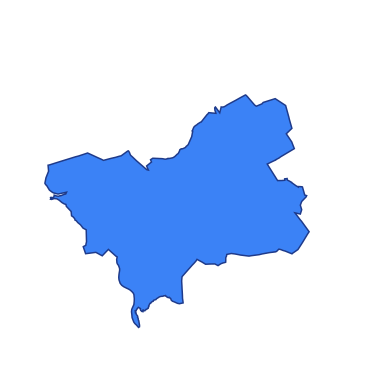 outline of Cēsis, Cesu, Latvia, rotated 321°
{"feature_id": "27541924B8130819472735", "entity_name": "Cēsis", "entity_type": "district", "adm_level": 2, "iso_a3": "LVA", "parent_name": "Latvia", "parent_adm1": "Cesu", "projection": "orthographic", "projection_center": [25.251, 57.313], "detail": "fine", "context": "isolated", "style": "filled", "palette": "blue", "viewbox_px": 384, "rotation_deg": 321, "n_neighbors": 0, "source": "geoboundaries", "source_scale": "gbopen_adm2", "svg_char_len": 5641}
<svg xmlns="http://www.w3.org/2000/svg" viewBox="0 0 384 384"><g transform="rotate(321 192 192)"><path d="M277.7,265.3L281.0,257.6L280.9,257.3L279.9,256.3L278.1,254.7L277.7,255.1L276.8,252.7L275.3,247.3L275.5,247.2L274.4,244.4L274.1,243.8L273.6,242.6L274.4,241.4L272.3,240.1L271.5,241.3L269.0,239.6L265.7,237.0L267.6,221.1L267.8,219.6L268.1,217.6L270.6,218.2L271.1,218.3L275.7,219.4L277.0,219.8L277.1,219.6L281.4,220.4L282.9,220.4L296.8,222.4L298.8,222.7L300.7,216.8L301.0,216.1L301.9,206.1L309.7,205.4L313.5,196.5L314.3,194.9L319.2,183.7L315.4,171.8L303.7,167.2L301.8,167.5L298.0,166.4L296.0,165.8L295.4,163.9L295.1,154.4L295.1,153.0L294.9,150.8L294.6,150.2L288.2,149.0L284.0,148.3L277.3,147.0L273.9,146.4L272.3,146.3L270.7,146.0L270.0,145.7L269.2,145.2L268.3,144.5L268.2,144.3L263.4,147.9L263.7,140.7L263.1,140.7L262.5,141.0L261.3,142.9L261.1,143.2L260.7,144.5L260.1,145.9L257.5,143.4L255.0,140.9L254.2,141.1L252.9,141.4L252.5,141.3L243.1,143.4L242.7,143.1L239.3,142.7L238.2,142.8L236.5,142.6L235.1,142.6L234.2,142.8L232.8,143.5L231.3,144.4L230.5,144.6L230.6,145.4L226.6,148.8L220.2,152.1L218.9,152.8L217.5,152.9L216.0,152.9L215.3,153.2L214.6,153.2L213.4,152.9L212.3,152.6L211.9,152.4L211.4,152.2L211.2,152.0L210.8,151.7L210.7,151.6L210.3,151.7L210.1,151.7L209.8,151.6L209.5,151.5L209.2,151.5L208.8,151.7L208.2,152.2L207.8,152.4L207.1,152.7L206.3,153.1L205.3,153.4L205.0,153.4L204.2,153.3L203.4,153.4L201.1,153.6L200.6,153.6L198.6,153.3L196.3,152.1L194.6,151.1L193.9,150.7L194.0,150.6L193.0,150.3L192.7,150.2L192.2,149.9L191.9,149.7L191.5,149.3L191.4,149.2L191.2,149.0L191.2,148.9L189.9,147.4L182.8,141.1L180.1,140.8L179.4,143.2L173.1,143.2L171.9,147.5L170.9,146.2L168.5,132.8L167.8,127.3L167.4,124.8L167.7,123.6L168.3,121.8L168.5,120.1L167.8,119.7L159.7,119.3L157.9,118.4L154.5,117.0L149.8,114.7L143.1,111.7L142.2,109.6L140.3,105.9L138.0,101.2L135.4,96.0L126.4,92.6L123.8,91.4L106.3,84.4L98.4,81.3L97.0,80.6L93.6,85.6L87.4,89.1L83.2,92.6L82.9,94.1L83.1,95.6L82.4,100.8L83.1,103.7L83.7,105.4L86.6,109.3L94.4,113.2L92.6,114.1L91.9,113.7L90.0,113.0L89.2,112.8L87.9,112.4L87.7,112.3L87.1,111.9L86.3,111.5L85.5,111.3L84.9,110.6L84.2,109.8L83.8,109.2L83.5,108.7L83.2,108.1L82.9,107.7L82.6,108.0L82.5,108.3L82.4,108.4L81.9,108.6L81.6,108.8L81.3,108.9L81.0,108.8L80.7,108.7L80.2,109.2L79.9,109.4L79.4,109.2L78.9,108.4L79.1,108.2L79.4,107.9L79.3,107.6L79.1,107.4L78.8,107.3L78.4,107.4L78.4,107.5L78.2,108.2L78.0,108.4L77.9,108.4L77.5,108.6L78.2,109.4L80.8,110.4L82.7,112.3L83.6,114.8L84.3,118.4L85.2,120.8L86.2,122.3L85.3,124.1L85.8,131.1L83.4,134.7L84.0,136.8L84.0,139.0L83.4,140.4L84.0,141.3L84.0,143.9L84.7,147.3L84.6,151.5L86.0,154.8L78.7,164.3L77.0,165.6L75.9,166.6L72.5,165.9L73.0,166.2L72.7,167.0L70.5,173.0L79.3,178.4L82.1,185.1L90.9,184.0L92.5,194.0L93.0,195.4L90.9,197.1L90.0,198.5L89.1,199.8L88.7,201.2L88.7,202.6L88.1,204.5L87.4,206.2L86.2,207.6L84.7,208.9L83.4,210.1L81.4,212.2L80.0,214.3L78.7,217.8L78.7,220.3L79.3,222.6L80.7,225.7L81.5,227.3L82.2,229.2L82.6,231.4L82.7,233.6L82.3,235.2L81.4,236.5L80.1,238.5L78.3,240.6L76.0,242.9L72.6,244.6L71.3,245.3L69.6,247.0L67.9,249.7L66.4,251.9L65.6,254.3L64.9,256.5L64.8,258.3L65.1,260.4L65.2,262.9L65.2,263.6L66.4,263.7L67.6,262.3L67.7,261.7L68.0,261.4L69.4,258.9L69.6,258.6L69.7,257.8L70.8,256.0L70.7,255.3L71.1,254.9L71.6,254.4L71.7,253.4L71.7,252.2L71.8,251.8L72.3,251.0L71.9,250.5L71.9,250.2L72.4,249.9L72.9,249.9L73.0,249.8L72.9,249.2L72.9,248.6L73.2,248.6L74.2,248.9L74.7,248.6L75.4,248.5L75.8,248.2L76.2,248.1L77.2,248.0L77.3,248.1L77.7,248.2L77.8,248.1L78.6,250.1L78.4,250.2L78.1,250.4L78.1,250.6L77.7,251.5L77.6,251.9L77.9,252.7L77.8,253.1L78.0,253.5L78.6,254.1L79.2,253.2L79.4,253.0L79.7,253.5L79.9,253.4L80.0,254.1L80.2,254.3L80.7,254.6L81.0,254.4L81.5,254.4L82.0,254.5L82.3,254.3L82.8,254.5L83.7,254.7L84.0,254.6L84.4,254.6L84.7,254.8L85.1,254.6L85.3,254.3L85.7,254.2L85.8,254.1L85.9,253.9L86.6,253.7L86.7,253.2L86.9,253.1L87.2,253.1L87.5,252.9L88.0,252.7L88.4,252.4L89.2,252.1L89.6,252.4L89.9,252.4L90.3,252.2L90.6,252.3L90.8,252.1L91.5,252.1L92.3,252.2L92.4,252.3L93.0,252.5L93.2,252.3L93.6,252.1L93.9,252.2L94.1,252.1L94.6,252.1L94.9,252.3L96.3,252.9L96.5,252.8L97.3,252.6L97.9,252.7L99.4,252.9L100.9,253.0L102.7,253.9L103.0,254.2L103.1,254.3L103.3,254.4L103.6,254.5L104.0,254.8L104.3,254.8L104.5,254.9L104.8,254.9L105.0,255.0L105.3,255.3L105.5,255.4L105.6,255.7L105.8,255.9L106.0,255.9L105.9,256.1L106.0,256.3L106.1,256.5L106.4,256.8L106.5,257.1L106.5,257.5L106.4,257.8L106.5,258.0L106.7,258.4L107.0,258.9L107.0,259.0L107.5,259.4L107.7,259.5L107.8,259.5L107.7,259.8L108.1,260.4L108.1,260.5L108.4,261.0L108.3,261.6L107.8,263.1L108.1,264.6L109.0,266.1L110.6,269.3L111.9,270.9L112.5,271.2L115.3,272.6L116.2,271.2L116.8,270.2L117.7,268.7L119.6,266.2L121.7,263.3L123.1,261.3L125.1,258.6L126.1,257.2L127.7,255.0L128.0,254.6L130.3,252.2L131.1,251.5L141.2,249.8L141.9,249.7L146.0,249.0L148.5,248.7L151.5,248.2L153.5,247.5L155.7,252.8L157.1,256.7L160.4,259.1L164.5,262.3L165.9,265.6L169.1,265.9L170.1,266.2L171.3,266.6L173.9,267.8L174.6,267.1L175.6,265.9L176.9,264.3L177.2,264.1L178.2,263.7L179.2,262.9L179.7,262.4L181.1,263.1L183.8,264.5L186.4,267.2L189.2,270.5L189.8,271.3L195.0,276.7L196.0,277.7L197.8,278.7L204.8,283.0L207.4,284.2L213.8,287.7L215.1,288.5L218.3,290.5L218.3,290.4L219.6,291.2L220.0,291.3L220.5,291.4L223.0,291.1L223.6,291.1L225.1,293.1L225.5,294.0L226.0,294.8L227.2,296.5L230.7,302.8L230.8,302.7L231.5,302.9L238.1,303.4L243.9,301.5L246.3,300.7L255.7,297.3L258.0,296.6L258.7,283.5L258.6,282.1L258.9,273.0L262.3,277.3L266.1,274.8L267.9,270.4L271.3,268.4L277.7,267.6L278.0,267.4L278.8,267.0L277.7,265.3Z" fill="#3b82f6" stroke="#1e3a8a" stroke-width="1.5"/></g></svg>